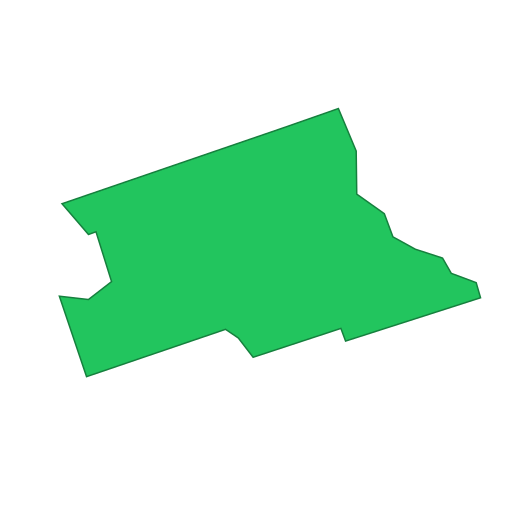 the district of Atkinson, Georgia, United States of America, rotated 161°
{"feature_id": "52423323B8273444603527", "entity_name": "Atkinson", "entity_type": "district", "adm_level": 2, "iso_a3": "USA", "parent_name": "United States of America", "parent_adm1": "Georgia", "projection": "natural_earth1", "projection_center": [-82.899, 31.302], "detail": "fine", "context": "isolated", "style": "filled", "palette": "green", "viewbox_px": 512, "rotation_deg": 161, "n_neighbors": 0, "source": "geoboundaries", "source_scale": "gbopen_adm2", "svg_char_len": 455}
<svg xmlns="http://www.w3.org/2000/svg" viewBox="0 0 512 512"><g transform="rotate(161 256 256)"><path d="M422.4,368.6L407.4,330.9L399.4,331.0L400.9,278.8L428.6,269.4L455.0,282.0L455.5,197.1L308.7,196.6L299.4,184.2L291.7,161.2L199.3,159.9L199.0,146.4L57.3,143.4L56.5,159.1L77.0,176.0L80.3,193.3L103.1,210.5L120.3,229.5L120.9,254.2L140.6,281.7L127.1,322.6L130.1,368.6L189.0,368.3L422.4,368.6Z" fill="#22c55e" stroke="#15803d" stroke-width="1.5"/></g></svg>